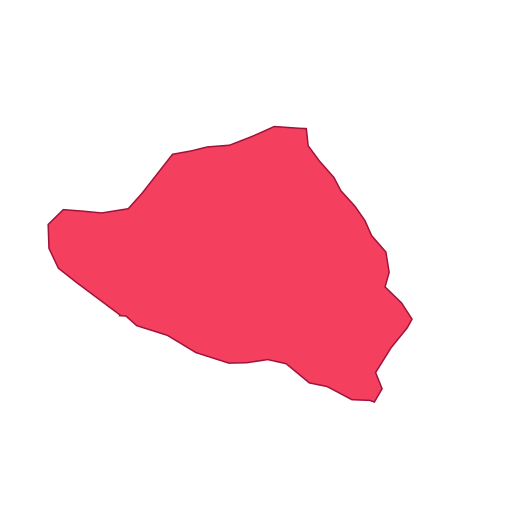 outline of Ljusnarsberg, Orebro, Sweden, rotated 308°
{"feature_id": "70781695B35702082689476", "entity_name": "Ljusnarsberg", "entity_type": "district", "adm_level": 2, "iso_a3": "SWE", "parent_name": "Sweden", "parent_adm1": "Orebro", "projection": "orthographic", "projection_center": [15.001, 59.953], "detail": "fine", "context": "isolated", "style": "filled", "palette": "rose", "viewbox_px": 512, "rotation_deg": 308, "n_neighbors": 0, "source": "geoboundaries", "source_scale": "gbopen_adm2", "svg_char_len": 779}
<svg xmlns="http://www.w3.org/2000/svg" viewBox="0 0 512 512"><g transform="rotate(308 256 256)"><path d="M125.1,185.3L128.6,190.5L127.7,205.0L138.9,235.0L142.9,268.2L154.9,300.6L166.2,314.4L181.6,329.0L189.7,346.1L188.8,376.1L196.9,392.4L201.8,420.0L212.3,434.6L213.8,439.2L229.0,437.1L237.8,422.0L267.0,418.9L292.5,419.4L302.3,417.8L308.6,399.6L311.1,376.7L325.1,371.0L339.1,355.9L343.2,334.6L351.0,320.0L356.1,303.4L359.7,282.6L365.8,269.2L369.9,247.4L375.0,229.2L387.4,217.2L383.5,211.8L369.3,190.7L348.2,179.5L327.0,166.9L312.7,151.3L311.5,150.1L298.9,140.2L284.8,127.6L260.9,127.6L235.6,127.6L214.6,126.2L194.9,107.9L185.1,92.5L173.9,75.6L152.9,72.8L134.6,88.1L124.7,107.8L124.6,130.2L125.8,185.1L125.1,185.3Z" fill="#f43f5e" stroke="#9f1239" stroke-width="1.5"/></g></svg>